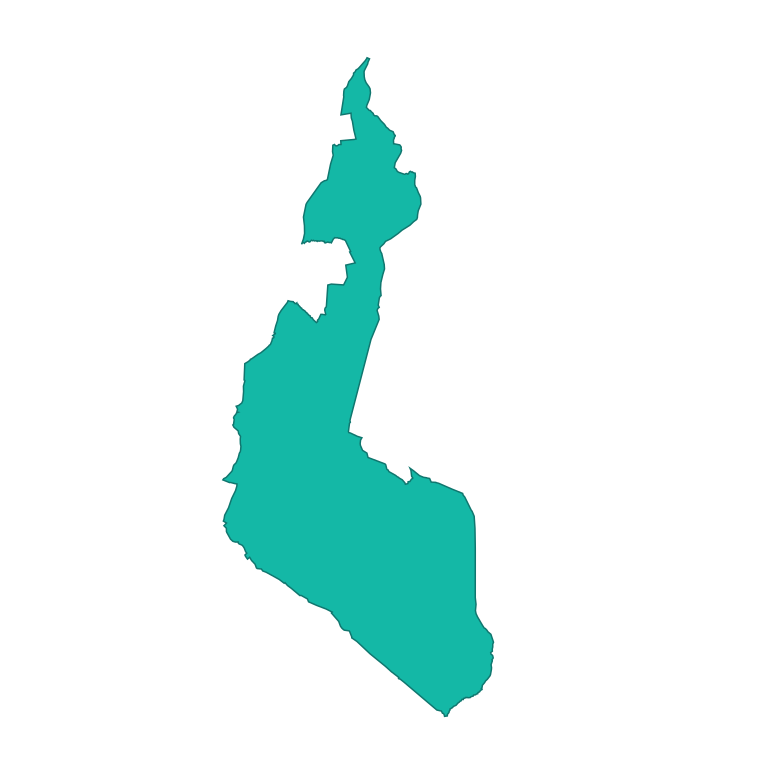 outline of Baltatesti, Neamt, Romania, rotated 98°
{"feature_id": "2599482B4509831144178", "entity_name": "Baltatesti", "entity_type": "district", "adm_level": 2, "iso_a3": "ROU", "parent_name": "Romania", "parent_adm1": "Neamt", "projection": "orthographic", "projection_center": [26.264, 47.132], "detail": "fine", "context": "isolated", "style": "filled", "palette": "teal", "viewbox_px": 768, "rotation_deg": 98, "n_neighbors": 0, "source": "geoboundaries", "source_scale": "gbopen_adm2", "svg_char_len": 6144}
<svg xmlns="http://www.w3.org/2000/svg" viewBox="0 0 768 768"><g transform="rotate(98 384 384)"><path d="M701.9,280.3L701.9,279.6L702.8,278.5L704.7,277.8L703.9,275.1L702.3,275.2L700.4,274.0L699.0,273.9L697.7,273.3L696.7,273.4L696.1,272.5L695.3,271.9L695.2,271.4L693.5,270.2L692.1,267.9L689.7,266.4L688.7,265.3L687.5,264.5L687.1,263.6L685.4,262.8L685.4,261.6L684.3,261.4L683.7,260.0L682.9,259.2L683.1,258.4L682.8,257.9L683.0,257.2L682.5,255.0L681.8,254.6L680.8,252.8L680.8,252.4L679.6,252.0L679.0,250.0L678.1,249.3L677.7,248.1L676.5,248.0L675.5,246.5L674.0,245.8L672.9,244.4L672.4,244.4L672.0,245.2L670.5,244.6L668.7,244.7L665.7,242.8L663.9,242.1L662.1,240.6L658.4,238.5L657.0,238.1L651.8,237.9L650.0,238.0L647.1,238.9L643.1,238.2L641.9,238.7L640.7,237.9L639.9,237.8L638.0,238.5L637.5,238.9L636.6,240.4L635.1,241.0L633.6,239.5L631.4,239.9L629.3,239.7L626.4,240.1L624.5,239.6L617.0,243.3L614.9,246.6L613.4,247.9L612.0,249.7L611.8,250.7L609.3,252.9L601.7,258.9L598.6,260.9L595.7,261.9L589.4,262.2L582.8,263.9L534.3,270.7L514.4,273.8L502.4,276.3L497.7,279.1L496.9,280.0L484.7,288.3L483.1,290.1L481.4,290.9L478.5,302.5L474.7,316.0L474.4,318.9L474.2,319.0L474.6,323.6L471.2,325.7L471.1,328.1L470.9,329.0L470.9,331.8L469.8,336.1L465.9,342.5L463.8,346.5L465.8,345.3L471.5,343.8L473.1,342.4L473.5,342.5L474.4,343.6L477.0,344.8L477.4,346.5L479.3,346.5L480.3,348.9L479.0,349.5L476.3,352.6L475.0,355.9L474.4,356.6L474.0,358.0L472.9,359.7L470.1,366.9L468.5,368.1L468.3,369.0L467.9,369.4L463.8,371.0L463.0,371.9L459.0,389.6L454.8,391.3L452.7,396.0L448.1,398.8L446.4,399.3L442.8,399.4L440.3,398.4L439.5,403.2L437.2,410.5L437.0,412.1L436.1,412.6L427.7,412.7L426.5,412.0L425.1,412.6L423.3,412.5L341.7,403.1L320.7,397.8L317.5,398.6L312.1,401.1L310.0,400.6L308.8,399.4L306.7,400.7L299.4,400.6L297.7,400.0L296.9,399.2L290.3,400.7L284.0,401.2L275.7,400.4L270.0,399.5L265.7,400.4L255.1,404.4L253.7,405.5L251.3,406.7L249.7,407.0L248.5,406.4L245.2,403.7L242.5,402.3L239.3,397.6L233.0,391.0L229.2,387.6L223.0,380.3L219.2,377.3L216.4,374.5L214.5,374.1L211.8,374.3L207.7,374.2L200.8,372.5L194.6,373.7L193.1,374.3L189.6,376.7L185.2,379.1L184.6,380.1L182.3,381.3L178.1,381.9L174.0,381.8L170.9,382.5L170.8,383.9L170.1,385.4L170.5,385.7L169.7,387.4L170.3,388.3L172.4,389.0L172.9,389.9L172.4,390.6L172.5,391.4L173.2,392.2L173.5,392.9L172.3,398.9L171.6,400.4L169.3,402.2L168.4,403.9L163.3,403.7L153.2,399.6L150.3,399.1L148.3,399.9L147.0,399.9L145.3,401.3L145.0,402.1L144.7,407.9L140.9,408.6L139.5,408.1L138.6,408.2L136.8,407.4L136.2,407.5L136.1,408.2L132.9,410.1L131.9,413.8L130.2,415.9L129.4,417.5L126.9,419.6L123.6,423.9L120.0,427.4L119.5,428.5L119.7,430.5L118.7,431.9L117.5,432.4L116.0,434.7L115.1,435.5L115.1,436.7L112.6,439.9L110.5,439.8L104.4,438.2L97.6,437.9L93.6,438.9L91.9,440.1L88.1,443.7L85.2,445.4L82.5,446.3L77.7,447.2L76.2,447.0L69.3,444.7L67.5,444.6L64.0,443.6L63.3,446.2L64.1,446.4L66.5,447.6L74.0,452.5L75.6,453.7L76.9,455.4L78.8,456.0L80.4,457.4L82.2,457.2L85.8,458.7L89.4,460.9L93.8,461.7L95.5,462.4L97.4,464.3L99.6,464.5L103.8,464.2L105.2,463.8L123.5,464.1L120.4,454.4L125.1,453.4L128.1,451.9L136.8,449.2L145.3,445.8L146.0,447.6L149.1,460.7L152.8,459.9L153.2,462.1L154.3,463.0L154.8,464.1L154.8,465.1L153.7,466.4L154.7,467.9L161.1,467.3L164.6,466.1L173.5,467.5L189.3,468.5L190.3,469.3L191.1,471.4L193.5,474.3L214.8,485.4L216.9,486.2L229.9,487.0L238.4,484.8L246.0,483.6L251.8,484.0L257.1,485.1L255.5,484.3L255.2,483.4L255.8,482.5L254.4,481.6L254.0,480.7L253.1,480.0L253.4,478.6L253.8,477.9L253.6,477.2L251.7,475.9L252.1,474.5L251.5,473.7L252.0,472.8L251.5,471.1L252.1,470.0L251.4,469.5L251.6,468.2L251.0,466.2L250.9,464.8L251.3,463.9L250.9,463.3L251.2,462.7L252.3,462.5L252.5,461.9L251.2,459.3L251.6,457.9L251.2,457.1L251.6,455.8L247.6,454.4L245.9,453.1L246.0,452.1L245.6,450.4L245.9,449.7L245.8,447.6L246.2,446.8L246.3,445.5L246.7,444.7L246.6,443.6L247.4,442.1L257.4,435.5L258.0,436.4L268.1,429.4L271.6,438.4L283.4,435.1L291.5,437.8L292.4,450.1L293.8,453.4L314.8,451.9L315.8,452.0L317.1,452.9L319.0,453.0L323.2,451.4L323.7,451.8L323.6,454.8L323.8,456.2L328.8,457.7L330.0,458.7L330.8,458.7L331.3,458.4L332.6,459.5L330.1,463.1L328.5,464.3L328.3,465.9L326.7,466.7L326.4,467.9L325.4,468.9L325.1,469.7L324.2,470.3L323.9,471.2L322.5,472.7L322.3,473.5L321.8,474.0L321.8,474.6L320.9,475.9L320.3,476.2L320.0,477.3L319.0,478.1L317.9,479.8L317.0,480.2L316.9,481.2L315.8,481.6L316.3,482.0L316.8,483.3L316.0,484.0L315.8,484.8L315.1,485.3L315.2,488.1L314.9,490.6L316.6,491.0L325.6,496.1L329.6,497.8L331.8,498.2L336.0,498.3L341.6,499.3L348.6,500.0L348.8,498.7L349.3,498.6L351.5,500.9L352.1,499.8L352.9,499.5L353.7,499.8L354.1,500.8L356.9,501.0L360.7,502.0L361.7,503.1L362.6,503.5L365.8,506.2L370.3,510.4L372.2,513.0L377.6,518.7L378.1,519.7L379.0,520.0L380.8,521.7L383.2,524.7L399.5,523.1L399.6,522.6L400.2,522.2L405.7,522.9L411.1,522.0L420.1,521.5L422.6,522.2L425.5,525.0L426.6,527.3L429.2,525.5L432.2,525.8L432.3,524.6L433.1,526.0L434.4,526.4L436.8,527.9L438.5,528.3L439.9,527.4L445.0,527.4L445.6,528.0L447.8,526.5L450.7,521.9L453.4,521.0L455.8,518.8L458.6,518.7L463.2,517.9L465.7,517.0L469.1,516.8L471.0,516.9L472.7,517.6L477.3,518.1L481.4,519.1L483.0,519.7L484.8,521.2L486.2,521.7L490.7,522.2L491.7,522.6L498.4,527.2L500.1,529.6L501.4,530.2L503.1,523.3L502.9,522.1L503.4,517.8L503.4,515.7L505.6,515.5L510.3,516.2L518.6,518.9L528.1,520.7L536.1,523.5L540.5,523.6L542.1,524.0L543.6,520.6L546.6,522.8L548.8,520.0L552.0,519.5L552.9,519.0L559.0,514.4L560.8,511.8L561.2,509.2L560.8,506.4L561.7,506.2L562.5,505.3L563.2,502.5L563.8,501.5L565.7,499.7L569.3,497.7L570.6,496.3L572.7,497.9L574.0,497.1L576.4,494.8L574.3,492.9L577.2,490.6L580.4,486.6L583.8,484.8L584.4,483.9L584.3,479.6L586.0,478.1L586.8,474.5L592.1,460.6L595.2,455.1L594.5,454.4L597.0,451.5L599.1,447.6L605.2,437.9L604.9,436.6L607.5,429.9L610.2,428.4L612.6,419.9L614.9,409.9L617.1,403.5L618.1,404.2L625.4,395.8L629.9,393.4L631.6,391.8L633.0,389.8L633.3,388.9L633.3,384.3L633.7,383.7L639.0,380.7L639.9,380.6L642.7,375.0L653.1,360.3L663.4,343.3L668.0,336.5L672.5,328.5L673.2,328.8L673.8,328.4L674.0,326.9L676.3,323.0L699.5,286.3L699.9,281.6L701.9,280.3Z" fill="#14b8a6" stroke="#0f766e" stroke-width="1.5"/></g></svg>